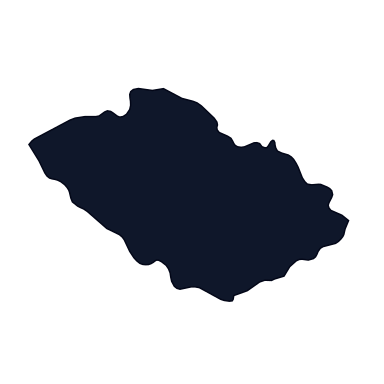 map outline of Prahova (Natural Earth projection), rotated 341°
{"feature_id": "ROU-310", "entity_name": "Prahova", "entity_type": "County", "adm_level": 1, "iso_a3": "ROU", "parent_name": "Romania", "parent_adm1": "", "projection": "natural_earth1", "projection_center": [26.063, 45.125], "detail": "fine", "context": "isolated", "style": "filled", "palette": "ink", "viewbox_px": 384, "rotation_deg": 341, "n_neighbors": 0, "source": "natural_earth", "source_scale": "10m", "svg_char_len": 2007}
<svg xmlns="http://www.w3.org/2000/svg" viewBox="0 0 384 384"><g transform="rotate(341 192 192)"><path d="M238.4,301.5L232.1,299.1L226.6,299.1L212.2,303.3L197.8,303.5L196.0,306.8L194.6,308.0L191.8,307.4L187.1,305.0L184.2,302.8L167.8,284.8L163.9,282.6L160.2,281.4L149.0,280.0L146.4,278.2L144.6,275.4L143.7,269.9L144.2,265.6L145.0,261.4L144.8,257.0L143.7,252.9L140.5,248.0L138.2,245.6L136.2,244.8L134.4,245.2L132.4,245.9L129.8,246.4L127.1,246.4L124.2,245.5L121.8,244.4L119.5,242.5L117.4,239.2L115.7,235.3L113.8,227.9L112.4,215.1L111.4,211.9L109.5,208.7L99.6,198.8L86.7,176.3L84.0,172.7L81.5,170.4L79.3,168.1L75.7,162.4L75.5,158.3L76.1,152.5L76.1,150.1L75.4,147.1L74.0,143.6L71.3,139.5L68.8,137.0L66.5,135.4L64.0,134.0L61.8,132.4L60.1,129.7L59.1,126.1L57.5,112.7L53.3,94.0L57.1,91.7L60.1,90.6L100.0,84.3L105.5,84.1L115.5,85.9L125.5,89.4L128.9,89.9L135.5,87.9L138.4,87.7L141.3,89.3L142.9,91.3L146.1,96.0L148.1,97.7L151.4,98.2L155.4,97.2L160.0,93.7L162.2,90.1L163.4,86.2L164.0,82.9L164.9,79.5L166.8,77.1L169.9,76.0L175.0,76.7L187.6,83.1L198.7,85.0L212.9,100.2L222.5,106.6L225.8,109.4L228.9,113.7L237.0,129.4L238.3,134.0L237.9,136.9L236.5,138.9L236.0,141.4L237.1,144.6L243.8,150.8L246.3,153.9L247.0,157.2L247.3,159.8L248.0,162.0L249.8,164.1L253.1,165.8L256.3,166.4L266.7,165.7L269.4,166.5L271.7,168.2L272.9,172.0L275.4,174.0L277.4,174.4L279.1,173.3L283.0,170.1L285.0,169.4L286.1,170.0L286.4,172.2L285.8,174.6L285.5,177.6L286.1,181.1L289.5,184.4L295.1,188.4L297.3,191.2L298.7,194.2L299.8,198.9L300.4,203.1L300.9,214.4L302.0,218.9L303.6,222.1L307.5,224.2L314.1,225.9L316.1,226.7L321.4,231.4L323.3,233.6L324.5,236.3L324.1,240.3L322.2,242.7L318.0,246.7L316.4,248.9L316.3,251.7L317.3,254.6L326.2,262.8L330.7,270.0L324.7,276.8L321.7,281.6L320.1,283.2L317.5,284.9L314.4,286.4L311.0,287.3L298.1,286.3L295.0,287.0L291.8,289.3L289.9,291.5L287.7,293.5L285.1,294.5L279.8,294.2L274.2,291.4L271.6,290.7L268.2,291.0L260.1,294.4L251.6,301.5L241.7,301.1L238.4,301.5Z" fill="#0f172a" stroke="#020617" stroke-width="1.5"/></g></svg>